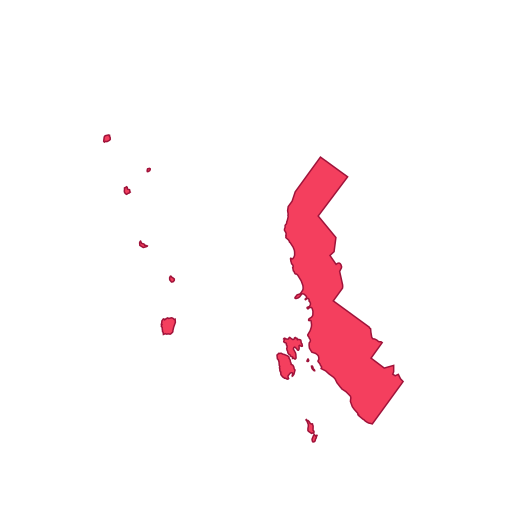 the district of Wewak District, East Sepik, Papua New Guinea, rotated 216°
{"feature_id": "67681753B19768820203242", "entity_name": "Wewak District", "entity_type": "district", "adm_level": 2, "iso_a3": "PNG", "parent_name": "Papua New Guinea", "parent_adm1": "East Sepik", "projection": "equal_earth", "projection_center": [143.741, -3.588], "detail": "fine", "context": "isolated", "style": "filled", "palette": "rose", "viewbox_px": 512, "rotation_deg": 216, "n_neighbors": 0, "source": "geoboundaries", "source_scale": "gbopen_adm2", "svg_char_len": 6153}
<svg xmlns="http://www.w3.org/2000/svg" viewBox="0 0 512 512"><g transform="rotate(216 256 256)"><path d="M63.2,240.9L66.9,241.6L71.3,243.9L73.0,240.9L75.9,240.8L76.6,243.3L80.3,248.4L86.4,240.7L102.9,241.0L103.0,260.1L104.4,260.1L106.4,258.8L108.7,259.0L111.2,258.6L112.8,257.7L114.5,258.2L118.3,261.9L120.5,264.5L121.7,264.5L122.6,265.0L167.1,265.1L167.1,280.8L167.8,282.1L168.9,283.5L179.3,292.7L179.9,296.6L180.4,297.6L182.2,298.9L183.5,299.3L184.7,299.1L185.5,298.3L186.0,297.3L186.3,296.3L196.5,299.9L195.4,305.4L202.2,317.9L229.2,324.9L228.4,373.9L262.0,373.9L262.0,331.0L259.0,321.6L259.0,314.9L257.1,311.3L254.5,308.7L254.2,307.8L253.3,307.0L252.9,306.3L251.6,303.2L251.2,301.7L250.5,300.5L250.3,299.2L250.5,298.7L250.4,297.8L249.2,296.2L249.0,295.1L248.3,293.7L247.4,293.2L246.3,292.9L245.7,292.3L245.1,292.2L244.5,291.5L244.0,290.2L243.3,290.0L243.1,288.9L242.5,288.4L239.3,288.1L238.1,287.7L237.0,286.9L236.4,287.0L231.2,285.0L228.5,283.3L227.1,281.9L225.2,279.3L224.7,277.7L224.6,275.7L224.8,275.2L225.2,274.8L226.5,274.7L226.5,274.1L224.4,272.0L224.1,271.9L223.1,271.0L222.4,270.6L220.9,270.3L219.9,269.6L219.5,268.9L219.7,268.4L217.0,265.9L216.1,265.9L214.9,265.0L213.6,264.6L212.6,265.2L211.1,265.1L204.9,262.5L200.6,259.6L198.9,257.6L198.2,256.1L198.0,253.6L198.0,252.4L198.2,251.0L199.9,248.8L200.1,245.4L199.6,244.8L198.7,245.0L197.3,246.8L196.7,248.6L196.6,252.2L196.2,252.8L194.6,253.4L192.2,253.1L191.1,252.7L190.7,252.2L190.6,251.0L190.9,250.1L190.7,249.8L190.3,249.7L190.1,250.0L190.0,250.6L189.3,252.0L188.5,252.4L187.1,251.7L186.9,251.1L186.6,250.7L186.1,250.8L184.3,249.9L183.5,248.8L183.2,247.8L183.2,246.4L184.2,244.9L184.4,244.4L183.9,243.8L182.9,243.7L182.7,244.0L182.7,244.8L182.2,245.7L181.3,246.8L179.9,246.7L177.4,244.7L175.3,241.6L175.1,240.7L175.1,239.1L176.2,236.4L176.0,235.4L175.6,234.9L175.0,234.9L174.1,235.9L173.3,235.9L170.6,233.0L169.5,231.1L168.3,227.5L167.8,222.6L167.2,222.0L165.3,221.4L164.4,220.7L163.4,220.5L162.6,219.9L162.1,219.3L161.8,218.1L161.9,217.0L160.7,215.1L158.6,212.8L154.3,211.0L150.6,212.2L148.5,212.2L147.0,211.9L145.4,210.6L144.5,209.4L144.2,207.6L143.8,207.1L140.8,206.3L139.9,205.6L137.7,204.8L137.3,203.9L137.3,203.3L137.1,203.2L132.2,204.0L127.7,203.5L121.9,203.5L119.7,203.0L115.9,201.0L110.0,199.3L109.3,199.3L108.7,198.9L103.4,199.1L97.2,198.1L95.8,196.9L95.3,195.8L94.1,193.8L89.5,190.7L86.2,189.6L81.4,188.6L80.9,188.3L80.3,187.5L80.0,187.4L79.5,187.7L79.1,187.2L73.4,186.8L72.6,187.0L70.8,186.7L68.2,186.8L66.3,187.2L65.4,187.7L63.2,188.5L63.2,240.9ZM163.1,173.8L162.2,174.0L161.2,173.8L160.4,174.4L158.3,174.7L157.6,175.5L157.6,176.1L158.0,176.2L159.1,177.1L159.6,177.9L159.6,178.4L159.5,181.3L158.9,182.3L158.0,182.8L157.2,182.5L156.4,180.4L156.0,180.1L155.8,180.6L155.8,182.6L157.4,186.7L158.8,187.1L160.1,188.4L161.7,189.2L162.3,189.3L163.9,189.0L164.4,189.7L165.9,190.6L167.2,191.9L169.3,192.8L169.7,193.5L170.1,193.7L171.7,193.8L175.5,192.9L176.4,192.4L178.6,192.1L179.8,190.9L180.3,190.8L180.8,188.2L178.3,185.4L177.1,185.2L175.2,183.9L172.8,181.1L172.0,180.8L171.2,179.2L170.8,179.1L169.3,177.3L168.2,176.6L167.8,176.7L166.4,174.9L165.5,174.4L163.1,173.8ZM166.9,195.8L166.2,194.6L165.4,195.4L163.8,195.5L163.6,195.9L163.6,197.0L166.0,199.9L167.2,200.9L171.1,202.7L171.6,204.0L171.5,204.5L171.1,205.1L168.8,204.9L167.1,204.3L166.3,204.7L166.3,205.6L166.9,206.8L168.4,208.6L168.3,209.1L168.0,209.5L166.6,209.5L166.0,209.7L165.6,210.1L165.6,210.5L167.2,212.0L168.2,212.2L170.2,214.2L171.0,214.2L172.5,213.6L173.2,212.6L173.5,212.6L174.2,213.4L174.8,213.5L175.5,212.9L176.4,213.1L176.7,212.3L176.4,211.6L176.5,210.8L177.0,210.1L178.8,209.9L180.9,210.0L181.2,209.5L181.0,208.0L181.4,207.4L183.3,206.4L184.4,206.5L184.9,205.8L184.9,205.2L184.2,205.3L183.9,205.0L183.4,203.2L183.1,202.9L181.8,202.8L181.1,203.2L180.0,203.1L179.3,202.0L178.3,201.7L177.2,200.5L176.8,199.2L175.5,198.0L174.8,197.8L173.1,196.3L171.4,195.8L170.5,196.0L168.8,195.3L168.3,195.3L167.4,195.8L166.9,195.8ZM291.7,145.0L291.7,144.3L291.1,143.3L289.9,143.1L288.8,141.6L288.2,141.2L287.6,140.3L287.0,139.8L286.3,139.7L284.8,138.1L283.8,139.8L282.6,140.1L281.1,141.5L279.5,142.3L279.1,143.1L278.7,145.3L278.8,145.9L279.3,146.6L280.8,150.1L282.2,154.9L284.3,157.4L284.9,156.6L286.3,156.8L287.8,156.5L288.2,156.2L289.5,154.6L290.2,154.0L291.0,154.1L292.0,152.4L291.9,151.8L292.5,150.6L293.6,151.0L294.0,150.5L294.0,148.2L292.8,146.2L292.5,145.1L292.2,144.8L291.7,145.0ZM110.6,145.0L106.8,145.1L106.1,146.2L105.5,146.3L105.2,146.6L105.4,147.3L106.1,148.3L107.4,148.5L109.9,152.1L110.8,152.6L111.5,153.3L111.9,153.3L112.3,152.7L113.8,152.4L115.1,153.1L117.1,153.5L118.2,153.0L119.2,153.3L119.3,153.0L119.1,152.7L117.6,152.3L114.5,150.3L113.3,148.5L112.8,147.3L111.5,145.4L110.6,145.0ZM446.4,267.3L448.7,264.7L448.8,263.7L448.7,263.0L446.7,259.3L445.6,259.0L444.9,260.5L444.1,260.7L443.5,261.4L442.5,263.7L442.5,264.1L442.5,264.8L443.9,266.4L444.8,266.5L445.4,267.6L446.4,267.3ZM402.4,233.6L401.8,233.1L401.0,231.6L400.2,230.5L398.8,229.8L397.1,229.7L396.7,230.3L396.4,231.4L395.7,232.2L395.3,233.8L396.1,234.0L396.8,235.0L397.3,235.3L399.1,234.6L399.7,234.8L400.5,235.9L401.5,235.9L401.8,234.8L402.3,234.1L402.4,233.6ZM104.1,145.2L103.0,140.7L101.7,139.4L100.7,139.0L100.0,139.5L99.6,140.3L99.5,141.1L100.3,143.1L100.3,144.1L100.9,145.4L101.2,146.8L101.4,146.8L101.7,145.7L101.9,145.4L103.8,145.8L104.1,145.2ZM357.9,198.2L356.2,196.3L352.2,196.6L350.3,198.9L349.7,200.1L349.8,200.3L350.3,200.0L351.5,199.8L352.4,199.2L353.0,199.7L353.8,199.8L355.9,199.0L358.1,200.2L358.3,199.7L357.9,198.2ZM313.4,189.1L313.1,187.6L311.8,186.0L309.2,185.3L308.8,185.4L307.8,186.7L307.8,188.3L308.6,189.4L310.6,189.5L311.6,189.3L312.7,189.7L313.3,189.5L313.4,189.1ZM393.7,264.3L394.9,262.9L394.9,262.5L394.2,261.0L393.6,260.4L393.2,260.5L392.7,261.2L392.2,262.4L392.2,262.9L392.4,263.8L392.9,264.4L393.7,264.3ZM144.4,197.8L141.9,197.3L141.1,197.6L141.3,198.0L142.3,198.4L143.6,198.3L144.4,199.4L145.6,200.0L146.0,200.0L146.4,199.5L145.9,198.9L144.4,197.8ZM153.5,203.1L153.2,201.3L152.8,200.8L152.0,201.1L151.7,201.6L151.9,202.5L152.7,203.0L153.3,203.3L153.5,203.1Z" fill="#f43f5e" stroke="#9f1239" stroke-width="1.5"/></g></svg>